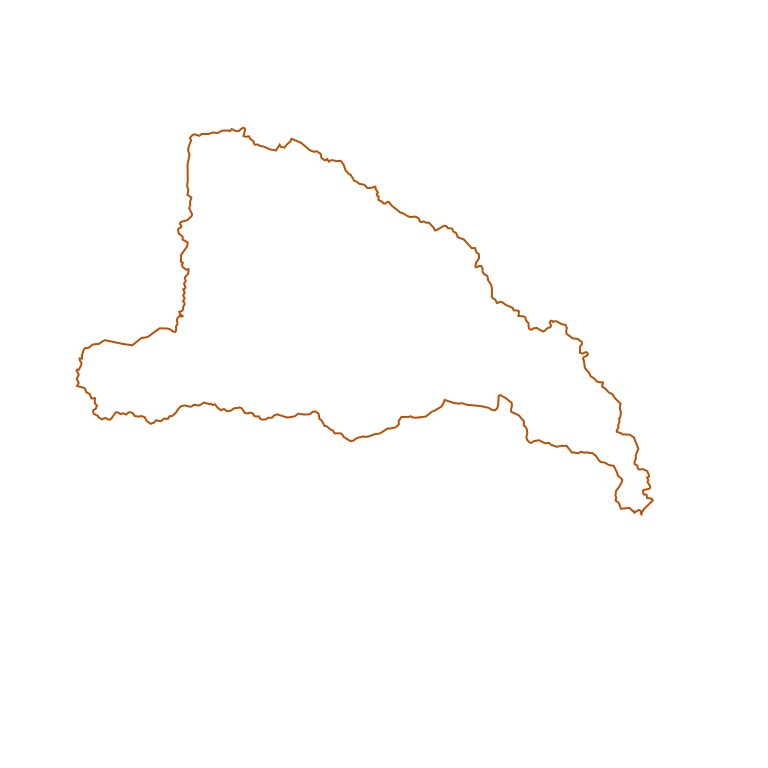 Chiure, Cabo Delgado, Mozambique (Robinson projection), rotated 30°
{"feature_id": "85939544B26812417695120", "entity_name": "Chiure", "entity_type": "district", "adm_level": 2, "iso_a3": "MOZ", "parent_name": "Mozambique", "parent_adm1": "Cabo Delgado", "projection": "robinson", "projection_center": [39.723, -13.545], "detail": "fine", "context": "isolated", "style": "outline", "palette": "amber", "viewbox_px": 768, "rotation_deg": 30, "n_neighbors": 0, "source": "geoboundaries", "source_scale": "gbopen_adm2", "svg_char_len": 6158}
<svg xmlns="http://www.w3.org/2000/svg" viewBox="0 0 768 768"><g transform="rotate(30 384 384)"><path d="M191.6,216.6L181.3,217.9L181.6,221.0L179.9,225.7L179.6,229.0L176.0,230.3L174.0,229.0L173.7,235.7L168.1,237.8L161.1,238.5L157.7,239.8L154.6,239.8L152.6,241.3L151.1,240.9L149.9,239.2L145.2,238.5L143.4,237.0L140.4,239.1L138.3,239.5L136.6,233.2L135.6,232.3L134.1,232.3L132.6,234.7L132.0,237.2L129.2,239.1L124.6,239.3L124.1,242.2L122.6,242.2L117.2,245.5L114.7,249.5L109.7,252.0L107.2,255.1L101.2,258.6L100.0,261.4L94.9,262.5L93.6,264.3L93.0,267.2L93.0,268.0L95.2,269.4L96.0,275.2L97.4,279.5L101.1,282.9L104.0,291.9L112.3,305.9L114.5,311.1L117.7,313.9L119.1,318.4L124.0,318.9L125.1,323.8L126.9,326.0L127.3,329.1L133.1,333.1L133.4,334.6L131.8,340.4L126.9,345.5L127.3,347.5L129.1,348.3L129.9,349.6L128.3,352.3L128.5,353.4L131.0,356.3L136.0,357.1L137.4,359.6L143.3,359.6L144.7,363.3L143.7,373.6L147.1,379.7L149.3,379.6L149.4,381.5L151.0,383.3L155.6,383.9L157.2,382.3L158.0,383.4L159.3,386.5L158.3,390.5L158.5,391.9L160.7,393.6L160.6,397.0L163.9,399.8L163.8,401.2L162.8,402.4L165.9,404.7L165.7,407.5L168.6,409.7L168.5,412.8L170.3,413.3L171.4,414.6L171.5,417.4L172.8,420.0L172.4,422.0L170.7,424.0L172.7,425.4L175.7,425.9L175.1,426.8L172.8,427.2L172.2,430.4L172.8,432.5L175.2,435.1L175.0,438.2L177.2,441.3L177.2,443.3L174.7,444.1L171.7,443.5L168.6,444.3L161.8,448.0L155.8,461.5L150.8,465.6L146.7,476.3L138.1,479.8L120.8,485.4L119.2,487.3L117.1,491.7L112.1,495.4L109.9,500.6L107.5,502.1L106.8,503.8L107.9,509.9L109.7,513.0L107.6,514.2L108.9,515.7L111.5,516.9L112.2,519.0L112.6,524.1L111.0,525.0L111.1,526.0L115.0,528.5L115.3,533.1L118.9,535.6L119.2,539.2L125.9,537.3L127.6,537.7L130.2,539.9L134.2,539.9L137.9,542.8L140.7,540.8L143.1,545.2L146.3,546.4L146.8,549.4L145.4,551.9L146.2,553.9L147.6,554.9L152.1,554.7L152.8,555.4L157.4,555.7L159.7,552.7L163.8,552.5L165.1,550.4L165.9,542.6L167.9,541.6L170.9,541.8L172.7,539.8L176.1,539.3L177.0,536.3L178.5,535.2L181.4,534.9L184.1,536.4L188.6,534.5L189.5,533.2L193.3,532.4L196.9,534.7L201.9,535.1L204.3,532.1L204.2,530.9L205.0,529.3L209.2,527.9L211.0,523.8L214.3,522.2L214.4,519.1L216.4,517.9L218.0,513.6L218.3,508.3L219.3,504.8L222.0,502.3L227.7,500.5L229.1,499.0L229.5,497.2L234.8,494.9L237.4,490.1L243.1,488.7L244.2,487.7L246.0,488.0L247.7,486.1L251.7,487.7L256.1,488.2L257.7,485.7L262.1,486.0L264.8,483.4L266.3,480.1L271.0,476.4L272.9,476.2L278.0,478.6L280.8,477.6L282.2,475.8L284.5,474.9L288.1,476.7L291.9,474.6L294.4,476.1L296.5,475.7L299.2,473.9L300.6,471.1L303.8,469.3L304.6,466.1L306.7,463.7L317.3,461.3L322.9,456.5L324.5,452.7L329.9,450.5L334.9,447.3L336.2,443.6L338.8,441.9L342.4,442.7L345.8,446.7L347.7,446.5L353.5,450.0L355.7,449.2L359.9,450.1L363.0,449.7L365.3,451.2L366.3,451.2L371.1,448.5L372.5,448.4L375.6,450.0L383.7,450.3L386.2,447.8L386.8,445.6L388.7,443.1L392.6,439.5L394.2,439.2L396.9,437.1L401.3,431.9L405.0,429.1L409.5,420.5L410.9,420.1L415.8,415.7L417.1,411.6L415.2,408.8L415.6,403.8L421.7,400.3L423.2,398.6L425.1,398.7L428.0,397.6L436.4,391.4L439.4,383.8L440.8,382.4L445.0,374.9L445.0,369.8L444.4,367.5L453.9,365.5L458.1,363.9L461.2,361.6L466.5,360.4L478.8,354.8L486.5,352.3L490.9,352.5L493.4,350.9L494.1,348.6L493.6,345.6L489.4,337.2L489.4,336.3L490.4,335.5L496.2,335.3L503.9,336.5L505.5,338.4L507.0,343.2L508.4,344.5L516.3,343.7L523.9,346.4L525.6,349.8L529.0,350.8L530.7,352.3L532.6,354.7L534.0,359.2L536.7,361.2L539.3,361.7L541.0,361.4L542.3,358.6L546.4,355.1L552.9,354.9L556.3,352.5L559.0,353.1L564.9,352.1L568.8,348.7L573.1,346.3L581.1,349.4L583.2,348.1L586.7,347.1L588.3,344.4L592.2,343.2L594.3,341.4L597.0,340.9L598.7,339.7L603.5,340.3L608.3,342.7L610.9,343.2L614.9,341.6L619.0,341.8L623.9,340.0L630.6,344.5L632.2,346.5L636.5,347.0L638.3,347.9L639.0,350.0L639.1,355.7L638.4,360.7L640.3,365.0L641.9,366.2L642.9,369.2L646.6,369.5L651.6,373.6L658.4,368.6L662.9,369.5L663.7,369.1L664.6,370.3L665.2,370.2L667.6,365.7L670.6,365.6L671.0,367.8L672.1,368.1L671.5,366.9L671.7,362.1L675.0,350.5L672.9,349.5L668.9,351.2L666.7,348.6L664.1,349.8L662.4,348.0L661.6,346.9L661.8,346.0L665.8,342.5L666.5,340.6L665.3,339.3L661.1,337.1L661.1,335.1L658.6,333.4L659.7,332.0L659.4,330.7L655.4,327.8L650.7,328.3L647.4,330.6L645.7,329.9L644.3,328.1L640.9,327.9L640.0,326.3L639.3,322.2L637.6,319.9L636.8,313.0L627.0,305.3L622.0,305.1L615.6,308.4L613.5,308.1L609.6,309.0L608.9,308.2L608.7,304.3L607.4,302.5L606.9,299.2L605.1,296.7L605.2,294.7L603.6,290.5L600.1,286.7L598.7,282.7L591.3,280.9L587.0,278.7L583.0,278.9L576.8,277.1L575.0,277.6L573.9,276.6L572.9,273.2L568.8,275.1L566.7,275.3L563.7,274.2L558.9,273.9L556.2,271.9L549.9,269.6L545.3,263.7L543.7,262.7L543.6,261.0L545.9,257.4L545.8,256.3L544.5,255.4L542.8,255.4L540.8,258.4L537.9,258.9L535.0,253.1L535.5,250.3L534.2,248.6L529.0,248.2L524.7,250.1L517.0,249.3L515.3,247.2L514.4,244.1L511.7,242.1L507.6,243.4L502.4,243.4L500.6,244.2L499.4,245.7L498.3,245.2L496.8,245.8L496.7,247.6L499.5,250.0L499.7,251.7L497.6,253.9L496.5,257.7L495.3,259.1L488.3,259.1L485.9,260.8L484.7,263.1L482.7,263.7L481.3,263.0L478.7,259.1L475.1,257.9L473.0,255.6L471.4,255.6L466.4,257.9L464.7,253.9L463.9,253.3L459.4,255.3L457.1,253.7L450.3,254.6L445.3,254.1L443.8,254.6L441.4,257.4L438.3,255.4L435.2,255.3L433.7,254.5L430.2,248.0L427.3,244.6L422.3,242.1L420.3,239.5L418.3,238.6L416.6,239.0L413.1,237.6L412.0,235.2L409.3,233.2L407.4,234.2L406.2,236.3L404.6,236.9L403.1,232.8L403.4,227.5L401.1,224.0L398.3,223.8L394.7,220.8L392.0,222.5L380.7,218.9L374.6,220.1L370.8,217.1L367.9,217.3L365.2,215.4L361.4,217.1L359.2,216.1L357.0,216.8L352.7,224.2L351.3,225.5L349.0,223.9L342.4,221.8L339.9,223.2L337.2,223.3L335.0,225.4L333.6,225.2L331.4,223.3L327.9,223.1L323.3,226.2L320.5,226.8L314.5,226.6L312.7,227.4L301.6,225.7L297.0,224.0L296.1,224.4L294.8,227.2L293.4,227.8L290.8,227.1L287.0,227.3L285.7,224.3L284.1,224.4L282.9,223.6L282.9,221.2L279.4,219.4L277.9,217.4L273.9,221.3L271.4,222.6L267.4,221.3L262.8,222.9L258.4,222.5L256.7,222.9L250.4,219.5L248.9,219.8L243.9,218.2L239.3,214.2L235.0,212.3L231.6,214.6L226.5,216.3L225.0,219.0L222.3,217.6L221.6,219.4L220.5,219.9L216.8,219.5L214.2,216.4L209.6,216.0L207.1,218.0L203.1,218.6L191.6,216.6Z" fill="none" stroke="#b45309" stroke-width="2"/></g></svg>